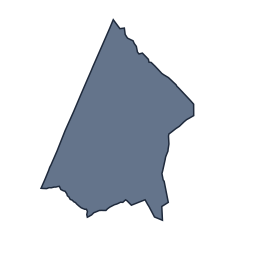 outline of Maria Helena, Paraná, Brazil, rotated 199°
{"feature_id": "56859067B83221867435385", "entity_name": "Maria Helena", "entity_type": "district", "adm_level": 2, "iso_a3": "BRA", "parent_name": "Brazil", "parent_adm1": "Paraná", "projection": "equal_earth", "projection_center": [-53.224, -23.591], "detail": "fine", "context": "isolated", "style": "filled", "palette": "slate", "viewbox_px": 256, "rotation_deg": 199, "n_neighbors": 0, "source": "geoboundaries", "source_scale": "gbopen_adm2", "svg_char_len": 1524}
<svg xmlns="http://www.w3.org/2000/svg" viewBox="0 0 256 256"><g transform="rotate(199 128 128)"><path d="M189.2,65.4L189.2,62.2L189.8,52.1L190.6,42.7L188.9,43.1L185.2,44.2L183.2,45.9L181.1,46.5L178.6,48.1L176.9,48.7L175.5,49.7L173.9,50.5L171.5,48.0L168.8,47.6L166.9,47.7L164.4,45.8L163.3,44.2L161.4,43.5L159.4,41.7L157.2,41.6L155.2,40.6L153.4,40.4L151.7,39.4L148.8,38.2L146.2,37.3L144.5,37.2L142.4,37.1L140.8,37.6L139.2,35.9L138.8,32.7L137.4,30.4L136.2,31.6L134.1,34.0L132.8,36.7L129.7,39.4L128.4,40.6L126.2,41.5L124.5,42.0L122.0,42.9L121.1,44.9L119.5,47.2L115.9,51.0L113.7,52.6L112.3,53.9L110.9,55.4L108.7,56.0L106.9,59.3L105.3,58.9L99.7,56.1L88.5,65.7L84.4,62.0L82.6,60.6L74.0,52.5L65.4,52.0L70.5,64.8L65.7,70.8L76.5,89.4L77.9,90.4L81.1,96.0L81.3,98.9L82.6,110.3L83.0,112.8L82.9,115.5L82.7,119.1L83.2,121.2L83.6,123.5L84.1,126.2L85.6,129.9L87.1,133.6L87.4,135.6L85.4,138.6L82.5,143.1L80.0,146.3L77.1,152.0L75.3,155.0L73.3,157.2L69.9,161.1L73.7,171.9L77.9,174.3L93.7,182.6L95.2,183.2L96.6,184.5L106.1,188.8L108.9,189.4L111.7,190.0L113.8,190.6L121.9,194.9L124.8,196.3L127.4,197.5L129.6,197.1L131.1,199.6L138.8,203.5L141.7,201.6L143.8,202.9L146.7,207.9L149.6,209.9L151.6,212.1L155.2,212.5L157.7,212.8L159.0,213.8L161.1,215.5L164.0,221.3L168.0,219.3L177.2,225.6L177.8,215.8L178.6,205.9L179.2,198.5L181.2,174.1L181.4,170.6L181.7,166.7L182.4,157.9L182.6,155.3L183.3,146.0L184.5,128.9L184.7,126.1L186.6,105.1L187.1,94.0L187.6,82.9L187.8,80.5L188.8,68.0L189.2,65.4Z" fill="#64748b" stroke="#1e293b" stroke-width="1.5"/></g></svg>